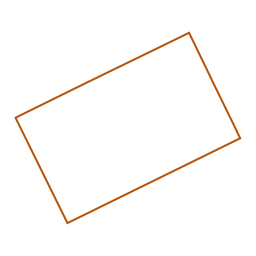 Deaf Smith, Texas, United States of America (Albers equal-area conic projection), rotated 154°
{"feature_id": "52423323B38670867283875", "entity_name": "Deaf Smith", "entity_type": "district", "adm_level": 2, "iso_a3": "USA", "parent_name": "United States of America", "parent_adm1": "Texas", "projection": "albers", "projection_center": [-102.842, 34.965], "detail": "fine", "context": "isolated", "style": "outline", "palette": "amber", "viewbox_px": 256, "rotation_deg": 154, "n_neighbors": 0, "source": "geoboundaries", "source_scale": "gbopen_adm2", "svg_char_len": 370}
<svg xmlns="http://www.w3.org/2000/svg" viewBox="0 0 256 256"><g transform="rotate(154 128 128)"><path d="M224.6,186.4L224.1,69.1L31.7,69.6L31.7,69.9L31.7,70.8L31.7,76.0L31.6,79.9L31.6,80.5L31.7,82.4L31.5,85.2L31.6,89.3L31.6,131.2L31.5,145.9L31.5,159.2L31.4,174.8L31.4,186.8L145.8,186.9L222.9,186.6L224.6,186.4Z" fill="none" stroke="#b45309" stroke-width="2"/></g></svg>